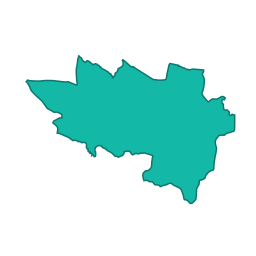 the district of Anina, Caras-Severin, Romania, rotated 96°
{"feature_id": "2599482B55434299191189", "entity_name": "Anina", "entity_type": "district", "adm_level": 2, "iso_a3": "ROU", "parent_name": "Romania", "parent_adm1": "Caras-Severin", "projection": "natural_earth1", "projection_center": [21.868, 45.042], "detail": "fine", "context": "isolated", "style": "filled", "palette": "teal", "viewbox_px": 256, "rotation_deg": 96, "n_neighbors": 0, "source": "geoboundaries", "source_scale": "gbopen_adm2", "svg_char_len": 5695}
<svg xmlns="http://www.w3.org/2000/svg" viewBox="0 0 256 256"><g transform="rotate(96 128 128)"><path d="M140.5,197.9L140.5,196.2L141.8,191.5L142.0,191.3L142.2,190.8L142.3,190.3L142.7,188.9L142.8,188.3L143.2,187.2L143.6,186.7L143.7,185.9L144.1,185.0L144.4,184.5L144.9,184.0L145.0,183.7L145.0,183.4L145.2,183.1L146.2,181.8L146.2,181.6L145.7,178.7L145.8,178.2L146.1,177.5L146.3,176.9L146.8,176.2L146.7,175.5L146.5,174.7L146.9,173.6L147.5,172.3L147.0,171.1L147.0,170.6L146.9,169.7L147.6,168.0L147.9,167.8L148.5,167.7L149.2,167.4L151.3,167.5L152.9,166.5L153.0,166.3L153.0,165.6L153.6,165.8L153.9,165.7L154.1,165.3L155.6,165.1L155.8,164.8L155.9,164.5L155.9,163.9L156.0,163.0L156.9,163.3L157.3,163.1L156.9,161.9L157.1,161.3L157.3,161.2L157.5,161.1L158.4,161.2L158.6,161.2L158.1,160.9L158.0,160.6L158.0,160.4L159.3,159.4L160.0,158.7L159.8,157.8L159.6,157.4L158.0,157.3L155.6,157.7L155.2,157.7L154.5,158.3L153.8,158.6L152.5,158.6L151.5,158.4L150.9,158.3L150.2,157.8L148.8,156.0L148.6,155.6L148.6,155.1L148.5,154.4L148.6,153.4L148.4,152.5L149.4,152.1L150.0,151.3L150.3,150.5L150.8,149.6L150.8,149.2L150.7,148.4L151.2,148.1L152.2,146.8L153.3,144.7L153.9,142.6L155.0,140.9L157.5,137.8L157.5,137.5L157.3,136.4L157.4,136.0L157.9,135.0L158.0,134.3L157.5,133.6L156.0,130.8L155.0,129.9L153.8,129.4L151.9,129.2L151.7,128.1L151.2,127.0L151.1,126.6L151.1,125.1L151.2,124.4L151.1,124.0L151.3,123.5L153.4,121.9L153.7,121.6L154.0,120.9L154.0,120.3L153.8,119.7L153.3,118.9L152.5,117.9L152.3,117.4L152.5,116.8L152.6,116.0L152.7,114.9L152.5,114.4L152.0,113.5L151.9,113.1L151.4,112.4L151.6,111.3L151.5,110.3L151.2,109.1L151.2,108.2L151.6,106.8L151.6,106.2L152.1,104.1L152.3,102.5L152.4,102.1L152.7,101.4L153.0,100.5L153.4,100.2L153.7,100.2L154.8,100.5L155.7,100.7L156.2,100.7L157.5,100.6L158.5,100.8L163.2,100.6L164.0,100.6L165.2,101.0L166.0,101.4L167.6,102.8L168.6,104.6L168.7,105.1L168.7,106.0L169.0,106.0L169.1,106.3L170.8,107.8L171.7,108.2L173.3,108.4L174.3,108.2L176.4,107.6L177.5,107.2L178.2,106.6L178.6,106.6L178.4,105.9L178.4,105.0L178.2,104.3L178.2,103.1L178.3,102.6L178.8,102.0L179.2,101.3L179.2,100.9L179.0,99.6L179.0,98.4L180.1,96.8L181.5,95.5L181.7,95.2L181.5,93.5L181.6,93.0L181.6,91.4L182.5,90.1L182.8,89.9L182.9,89.7L182.6,88.9L181.6,87.4L181.2,86.3L181.1,85.5L180.5,84.1L179.9,83.0L179.3,82.2L179.0,81.6L178.5,80.1L178.5,79.7L178.7,79.0L180.3,76.2L180.6,75.6L180.7,74.5L180.9,74.0L181.5,72.9L182.0,71.0L182.3,70.4L183.9,68.5L185.6,67.6L188.9,66.1L189.9,65.7L191.1,65.5L193.2,64.6L193.4,64.3L193.4,64.0L193.2,63.7L193.8,61.4L194.2,60.9L196.0,59.0L196.5,58.1L196.2,56.5L193.4,54.0L192.0,53.1L187.3,53.0L181.6,53.4L179.8,53.0L177.6,51.8L176.1,51.4L175.4,51.5L172.7,51.5L172.3,51.1L172.2,49.9L171.9,49.3L171.2,48.0L170.4,46.8L169.3,46.0L167.3,45.8L164.5,44.0L162.5,42.2L161.6,40.7L161.3,39.2L160.2,38.6L159.4,38.4L157.6,38.6L154.4,38.7L147.0,38.4L144.5,38.0L139.4,37.8L138.2,38.0L136.7,38.7L135.0,39.3L133.2,39.7L131.2,39.7L129.6,39.1L126.8,37.4L125.7,36.2L125.3,34.0L125.1,31.6L124.6,30.8L123.2,29.7L120.3,22.7L119.5,22.1L118.9,21.9L117.9,21.9L107.8,22.8L103.9,23.3L103.9,24.4L103.8,24.9L103.5,25.4L103.5,26.0L104.6,26.9L104.7,28.3L103.8,28.9L103.0,29.0L102.4,28.7L101.7,28.7L101.4,29.1L101.0,29.8L99.9,30.8L99.7,31.3L99.8,31.9L99.9,32.4L100.0,33.7L99.6,34.4L98.8,34.9L97.7,35.0L97.2,35.3L94.6,35.6L93.9,36.2L93.4,37.0L92.6,37.3L91.4,37.4L90.8,37.5L90.2,37.3L89.8,36.8L89.6,36.5L89.6,36.1L90.0,35.4L88.9,34.7L87.9,34.5L87.2,35.6L86.7,37.2L87.1,38.5L88.5,40.3L89.9,42.6L90.1,43.2L90.2,46.5L90.4,47.3L91.5,48.7L92.9,49.9L93.4,50.5L93.4,51.3L90.3,54.8L86.8,57.9L85.9,58.1L81.8,57.2L79.6,57.0L77.1,56.9L72.3,57.0L71.3,57.2L69.8,58.0L68.4,58.9L67.0,59.5L65.6,59.4L63.6,58.7L62.4,58.9L62.6,69.6L63.1,71.4L63.5,71.9L63.7,73.0L63.7,73.5L63.5,73.8L63.6,74.0L63.4,74.5L63.5,74.8L63.6,75.8L63.1,77.0L62.5,78.0L62.5,78.3L62.3,79.5L62.1,80.0L62.1,80.7L61.7,81.4L61.6,82.1L61.3,82.6L61.1,83.0L61.2,83.7L61.4,84.2L60.4,84.2L59.5,92.4L59.7,93.2L61.0,93.8L70.9,94.9L74.4,95.0L75.5,95.3L76.2,96.4L76.7,98.4L77.2,102.0L77.2,106.1L77.1,108.1L69.5,123.6L66.6,129.2L67.0,129.2L66.6,130.1L66.7,131.5L66.5,131.9L66.1,132.4L64.7,134.2L61.5,138.8L60.7,140.2L61.6,140.7L63.0,139.7L65.4,139.5L66.1,139.6L67.1,140.1L67.9,140.9L69.0,142.4L69.8,143.6L70.2,144.1L70.4,144.1L70.8,143.8L71.0,143.9L71.7,144.1L71.9,144.4L72.2,144.5L73.2,144.7L73.5,144.8L73.9,145.2L74.6,146.2L75.0,146.5L75.5,146.6L76.3,146.3L76.6,146.3L78.4,147.5L79.5,147.9L79.3,148.7L78.9,148.9L78.2,149.0L77.7,149.3L77.5,149.7L77.5,150.2L77.4,150.4L76.3,150.5L76.1,150.7L75.9,150.9L75.7,151.8L75.5,152.3L74.3,153.7L73.5,155.5L72.7,157.0L72.5,157.9L72.2,158.3L71.9,159.6L71.7,160.0L71.2,160.7L71.0,161.1L70.8,161.3L70.2,161.4L70.1,161.6L70.0,162.6L69.6,162.9L68.8,163.3L68.8,164.3L68.6,164.5L68.4,165.0L67.8,165.3L67.7,166.0L67.7,166.7L67.5,167.1L67.5,167.3L68.1,168.3L68.5,168.8L68.6,169.5L67.6,171.0L67.2,171.7L67.0,172.1L66.6,172.5L66.5,172.8L65.7,173.8L65.7,174.0L65.8,174.1L65.3,175.3L65.4,175.8L66.1,176.2L67.0,177.1L67.2,177.4L67.2,177.5L66.5,178.8L65.9,179.7L65.2,180.4L63.2,181.8L62.8,182.4L62.3,183.5L61.8,183.9L61.4,184.4L64.5,185.1L69.8,185.2L75.1,185.6L79.3,185.1L85.8,184.0L89.1,183.2L89.8,183.2L90.5,183.3L90.6,183.8L90.4,184.9L88.2,192.4L88.4,193.5L88.8,194.6L88.8,201.2L88.7,207.9L89.3,214.5L90.7,221.6L91.2,228.6L91.2,230.9L90.9,233.0L91.6,233.2L92.4,234.1L94.4,232.1L97.3,230.1L100.0,228.8L101.5,227.6L105.6,222.7L107.9,219.4L110.4,216.1L116.9,210.4L117.7,208.9L118.5,206.3L119.4,204.9L120.0,203.3L119.7,200.1L120.2,198.2L121.3,195.7L122.3,195.0L124.9,194.8L125.0,196.8L128.7,202.4L129.3,202.8L130.8,203.2L131.6,201.8L133.2,199.6L134.4,198.4L135.4,197.9L137.3,197.7L139.6,197.8L140.5,197.9Z" fill="#14b8a6" stroke="#0f766e" stroke-width="1.5"/></g></svg>